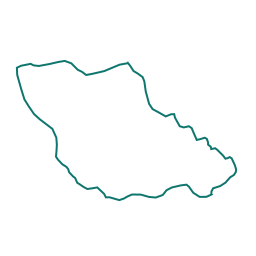 outline of Central Bosnia, rotated 347°
{"feature_id": "BIH-2226", "entity_name": "Central Bosnia", "entity_type": "Canton", "adm_level": 1, "iso_a3": "BIH", "parent_name": "Bosnia and Herzegovina", "parent_adm1": "", "projection": "equal_earth", "projection_center": [17.688, 44.116], "detail": "fine", "context": "isolated", "style": "outline", "palette": "teal", "viewbox_px": 256, "rotation_deg": 347, "n_neighbors": 0, "source": "natural_earth", "source_scale": "10m", "svg_char_len": 1485}
<svg xmlns="http://www.w3.org/2000/svg" viewBox="0 0 256 256"><g transform="rotate(347 128 128)"><path d="M51.4,139.7L53.3,133.9L54.9,128.3L56.0,121.3L54.1,111.8L44.2,99.9L39.6,93.3L36.4,85.2L33.5,76.8L32.7,66.0L32.0,51.3L33.3,44.3L37.9,43.3L47.6,43.6L50.0,45.7L55.1,47.5L65.8,48.0L74.7,48.0L81.4,48.4L87.3,52.2L92.1,59.9L95.9,63.0L99.1,66.9L105.8,67.2L117.7,67.2L134.1,64.4L142.1,64.8L142.5,64.5L144.2,68.1L146.2,73.7L149.9,77.3L153.7,81.7L154.4,86.2L153.5,96.5L154.0,109.2L156.2,115.1L162.6,120.8L167.4,125.2L172.9,124.3L176.1,124.9L176.1,128.5L177.7,134.1L178.8,137.9L182.5,140.0L185.6,140.0L187.7,140.0L190.0,142.4L190.9,147.7L192.3,155.1L195.2,155.1L200.7,154.8L202.3,156.3L202.8,159.9L202.3,162.2L204.4,164.9L204.4,167.3L206.7,167.3L208.3,167.3L209.9,169.1L214.4,176.2L216.0,179.8L218.3,179.8L220.5,179.2L222.2,180.9L223.8,188.6L224.0,192.8L223.1,195.2L220.6,197.6L216.5,199.0L210.6,203.2L204.7,205.3L197.4,205.9L195.1,208.5L194.2,211.5L194.3,211.6L189.0,212.7L183.0,211.4L182.3,211.2L177.1,205.9L176.1,203.6L174.1,198.7L173.4,197.9L172.3,196.4L166.6,195.8L157.4,195.8L151.5,197.3L148.2,200.0L146.7,201.1L139.4,202.0L133.0,199.9L125.5,195.8L116.9,193.7L112.1,194.6L108.2,195.8L103.3,196.3L98.1,193.4L94.3,191.3L90.9,190.6L91.0,190.6L90.9,190.6L89.9,186.8L84.7,179.0L79.4,178.7L74.7,178.3L71.4,175.4L68.2,171.9L66.2,169.9L65.2,164.7L63.5,162.8L63.0,161.8L60.7,157.9L60.5,154.7L59.3,152.1L55.8,148.5L52.6,143.0L51.4,139.7Z" fill="none" stroke="#0f766e" stroke-width="2"/></g></svg>